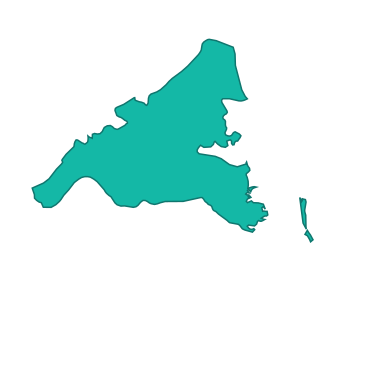 map outline of Ad Daqahliyah (Robinson projection), rotated 50°
{"feature_id": "EGY-1537", "entity_name": "Ad Daqahliyah", "entity_type": "Governorate", "adm_level": 1, "iso_a3": "EGY", "parent_name": "Egypt", "parent_adm1": "", "projection": "robinson", "projection_center": [31.652, 31.05], "detail": "fine", "context": "isolated", "style": "filled", "palette": "teal", "viewbox_px": 384, "rotation_deg": 50, "n_neighbors": 0, "source": "natural_earth", "source_scale": "10m", "svg_char_len": 4223}
<svg xmlns="http://www.w3.org/2000/svg" viewBox="0 0 384 384"><g transform="rotate(50 192 192)"><path d="M205.2,132.9L205.5,132.7L205.1,132.3L204.8,132.1L204.5,131.9L204.1,130.9L207.2,132.3L208.7,132.6L210.8,132.7L212.6,133.8L212.9,136.2L212.9,138.6L213.8,139.6L216.2,140.3L219.7,142.0L222.9,144.4L225.1,146.9L226.8,142.7L227.9,140.9L229.6,139.6L228.7,142.0L228.4,143.7L228.7,145.1L229.6,146.9L226.6,146.9L226.6,148.7L229.6,148.7L228.9,149.3L228.2,149.7L227.9,150.5L228.1,152.2L229.1,152.0L229.7,151.6L230.2,150.9L231.1,150.3L231.3,150.7L231.3,151.4L231.5,151.9L232.6,152.2L232.6,150.3L234.0,150.3L233.0,154.0L234.0,156.4L235.8,156.3L237.0,152.2L239.6,151.9L243.0,148.2L247.2,145.2L252.2,146.9L249.0,146.9L249.0,148.7L252.2,150.3L252.8,149.2L254.1,148.1L255.1,146.9L258.3,148.7L258.3,150.3L257.4,151.4L257.0,152.3L256.6,155.8L259.1,154.6L259.8,154.0L259.4,156.2L259.0,157.6L258.2,158.6L256.7,159.3L256.7,160.9L258.1,163.1L258.2,165.9L253.7,169.9L253.7,171.7L256.1,171.8L257.9,171.3L259.2,170.1L259.8,168.2L261.2,168.2L261.5,170.9L261.6,171.5L255.0,176.0L252.8,177.0L252.2,177.1L248.4,176.9L247.3,177.1L246.5,177.3L239.8,182.8L239.3,183.0L238.8,183.1L236.2,183.4L225.9,185.9L222.8,186.2L222.3,186.3L220.8,187.0L219.8,187.3L219.3,187.3L218.8,187.2L217.9,187.0L216.2,186.3L215.8,186.2L215.2,186.2L214.2,186.3L212.3,187.3L211.9,187.5L210.2,187.5L209.2,187.7L208.3,187.9L207.9,188.0L206.8,188.0L205.3,187.7L204.2,187.7L203.1,187.8L202.7,187.9L201.6,189.3L193.5,204.8L182.0,218.7L179.9,223.1L178.8,226.1L177.4,228.7L174.6,230.9L172.9,231.7L170.5,232.3L168.5,233.2L166.9,235.0L166.8,238.0L167.5,242.1L167.3,244.4L166.0,246.8L159.3,252.6L157.1,255.5L153.6,257.6L150.8,258.0L143.5,257.1L141.4,257.8L138.0,258.3L135.8,258.2L133.8,257.8L123.1,258.0L118.8,259.0L115.3,260.3L113.1,262.1L111.3,264.3L109.9,267.2L109.3,270.8L109.1,276.1L111.1,285.1L112.1,292.4L113.5,297.0L114.0,299.5L114.2,304.5L113.2,309.8L108.1,315.7L103.3,314.3L101.4,315.6L98.5,316.4L95.5,316.6L92.7,314.4L86.3,311.9L89.7,300.0L90.0,293.0L87.4,281.1L86.7,274.1L86.2,272.1L85.2,271.6L84.2,271.4L83.7,270.6L82.2,264.2L81.4,253.3L79.3,251.0L78.2,249.2L77.6,247.3L78.7,246.2L83.7,244.7L85.2,243.8L86.1,243.7L86.6,243.0L86.7,240.2L86.2,239.2L85.0,237.9L83.6,236.6L82.2,235.7L83.9,235.4L84.8,235.0L85.6,234.4L86.7,233.9L83.8,231.2L84.5,229.1L86.8,227.2L88.2,225.0L88.0,221.8L87.0,219.7L86.2,217.7L86.8,214.4L88.6,211.8L90.9,211.0L93.5,210.7L95.9,209.1L96.4,207.9L97.8,200.6L97.5,198.6L97.8,197.3L96.9,196.6L95.8,196.5L93.8,197.4L91.6,197.8L89.4,198.4L87.5,199.6L85.1,200.4L84.5,200.2L82.4,199.4L81.1,199.0L79.8,198.4L78.7,196.9L78.9,194.9L81.0,188.0L82.6,175.7L82.9,175.2L83.5,175.5L83.9,176.0L85.3,176.5L89.0,174.4L90.7,173.0L93.2,171.6L95.2,171.6L96.5,171.0L95.8,168.6L92.1,165.0L90.8,162.9L90.6,160.5L92.7,154.7L93.4,150.4L93.2,142.9L92.5,138.5L92.3,134.0L93.0,122.5L92.8,114.3L90.9,98.7L90.2,96.1L89.3,93.8L86.2,90.2L85.2,88.9L84.7,86.7L84.9,84.5L85.3,82.2L86.1,80.7L91.6,76.2L107.6,67.4L113.9,70.3L122.9,77.4L145.7,88.2L153.0,89.8L156.2,89.7L156.1,90.2L155.4,92.6L154.8,94.1L153.8,95.9L152.2,97.6L144.7,103.3L140.9,107.8L140.3,108.7L140.6,110.2L142.4,111.5L152.3,113.1L153.6,113.7L154.2,115.4L153.8,117.2L153.9,119.0L154.6,120.4L156.1,121.1L157.7,120.6L159.3,120.9L162.1,123.3L163.6,124.1L165.1,124.2L166.1,125.2L167.7,128.5L168.4,129.0L169.9,129.5L172.0,128.5L173.4,127.2L174.0,125.6L173.9,124.6L173.2,122.2L173.3,121.4L173.6,120.3L177.9,118.5L179.1,118.4L180.4,118.4L181.3,120.4L181.7,122.2L182.3,124.3L181.4,125.4L181.4,127.4L182.8,129.4L182.1,130.6L180.3,130.5L178.4,129.0L176.9,129.0L176.4,129.7L176.0,130.7L175.4,132.7L179.5,134.7L179.2,137.7L176.0,140.4L171.8,141.5L168.0,141.8L168.0,142.9L169.3,145.0L169.5,148.6L165.4,154.2L161.7,155.4L162.2,158.6L163.1,161.0L164.6,162.2L167.3,162.0L179.6,151.3L185.3,148.2L195.1,145.7L201.8,141.1L205.2,132.9ZM270.7,110.0L273.0,111.1L278.4,117.4L279.8,118.4L282.9,119.8L291.7,126.9L293.9,128.3L287.2,126.9L265.5,113.0L266.7,113.2L267.7,113.0L268.2,113.4L270.0,114.8L269.4,112.9L268.4,111.8L268.3,111.7L269.1,111.2L270.7,110.0ZM306.4,133.2L304.2,132.5L299.7,131.7L297.1,132.7L295.5,128.3L298.2,128.7L301.1,128.9L306.4,130.0L306.4,131.8L306.4,133.2L306.4,133.2Z" fill="#14b8a6" stroke="#0f766e" stroke-width="1.5"/></g></svg>